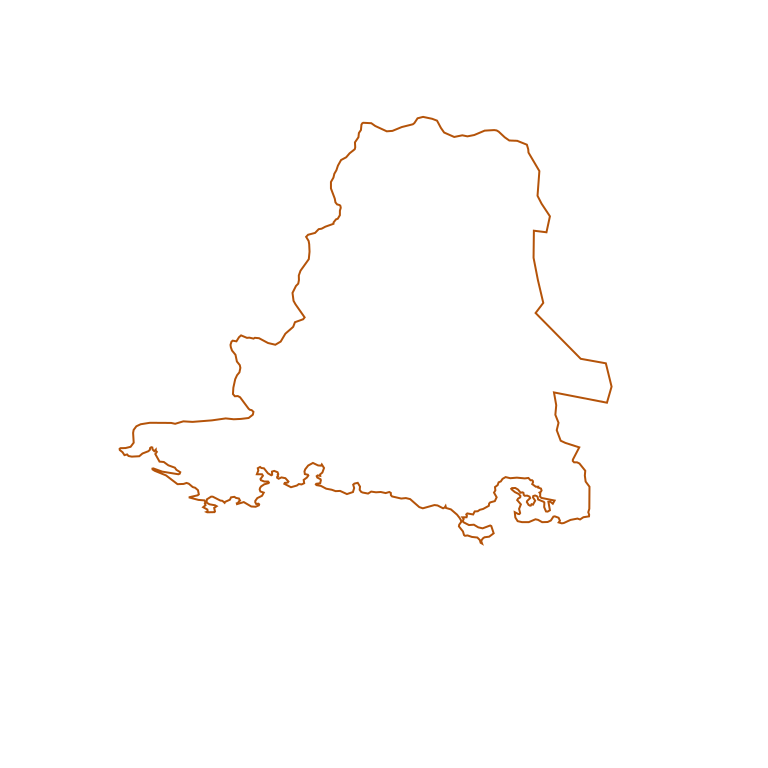 Moho, Puno, Peru, rotated 325°
{"feature_id": "86281439B65851578200644", "entity_name": "Moho", "entity_type": "district", "adm_level": 2, "iso_a3": "PER", "parent_name": "Peru", "parent_adm1": "Puno", "projection": "natural_earth1", "projection_center": [-69.471, -15.35], "detail": "fine", "context": "isolated", "style": "outline", "palette": "amber", "viewbox_px": 768, "rotation_deg": 325, "n_neighbors": 0, "source": "geoboundaries", "source_scale": "gbopen_adm2", "svg_char_len": 6166}
<svg xmlns="http://www.w3.org/2000/svg" viewBox="0 0 768 768"><g transform="rotate(325 384 384)"><path d="M145.3,288.5L140.4,290.1L135.5,288.2L131.3,285.4L130.2,285.5L129.7,286.6L130.7,289.9L130.6,293.4L133.2,294.4L133.4,296.4L135.7,298.8L142.1,302.8L146.3,302.4L152.4,303.9L154.5,303.6L155.7,302.3L157.1,302.3L157.8,303.1L156.9,305.0L157.3,307.3L159.3,306.9L158.8,307.6L159.0,309.3L156.5,310.2L155.6,318.8L158.9,321.6L160.7,326.9L164.7,332.6L164.7,335.2L166.5,339.4L165.2,340.3L163.8,340.0L152.1,328.6L146.6,320.8L145.8,320.5L145.4,321.2L146.4,323.6L153.0,333.8L157.4,347.6L162.5,350.9L165.5,351.8L166.9,353.7L168.2,358.7L169.8,360.7L170.7,364.3L169.0,368.2L167.5,368.3L159.1,364.9L165.5,372.5L170.1,376.3L170.1,378.4L168.8,378.9L168.3,380.9L165.2,381.2L167.3,385.5L166.5,387.3L165.2,387.0L165.6,387.7L171.6,391.7L172.4,391.5L173.8,388.1L176.8,388.1L176.0,386.4L172.1,382.5L170.6,379.4L172.7,376.9L177.8,377.1L179.1,378.1L183.1,385.6L184.6,387.0L185.3,389.9L186.2,389.4L191.4,390.4L193.7,389.1L196.7,390.6L197.4,392.4L199.5,394.6L199.2,396.9L197.6,396.9L196.7,397.8L195.0,397.3L194.7,398.1L201.4,400.3L205.0,408.2L208.4,410.9L211.9,411.6L212.7,411.0L212.5,410.0L210.5,409.0L210.7,407.0L211.6,405.9L214.8,404.8L220.0,405.6L223.2,404.0L221.1,401.2L221.6,399.2L222.6,398.2L224.5,397.4L228.4,397.5L232.6,399.0L233.2,398.7L233.1,397.4L230.0,395.2L228.0,392.2L228.3,391.0L232.2,389.7L232.3,388.0L228.1,385.0L231.4,382.8L232.3,380.6L234.9,380.9L235.4,382.5L237.3,384.2L237.7,390.6L239.3,394.1L240.3,394.2L242.0,391.5L244.2,392.2L246.2,395.2L245.7,397.2L244.7,397.5L244.4,398.8L243.0,398.9L242.7,399.7L243.4,401.2L246.4,401.7L249.2,404.6L249.8,409.1L248.6,409.5L246.0,408.1L245.1,408.6L248.6,415.2L254.4,417.2L256.8,417.1L258.9,419.0L261.7,419.5L263.2,416.5L267.2,416.4L269.5,415.6L269.6,414.7L267.5,412.4L268.7,410.0L270.5,408.7L275.1,407.3L280.5,407.9L283.3,412.9L285.6,414.8L286.9,414.2L286.7,418.4L282.7,421.2L279.8,421.4L279.1,422.7L277.2,420.8L276.0,420.9L275.7,422.4L277.4,425.6L277.1,426.6L274.8,428.7L271.3,426.9L270.6,427.1L270.7,428.1L273.9,431.3L276.6,436.6L280.5,440.6L282.9,444.0L286.7,446.4L290.5,452.9L296.6,454.7L299.9,452.1L301.0,448.8L302.6,448.6L305.8,449.9L305.5,454.3L303.4,456.7L303.4,459.2L304.2,460.6L308.1,464.6L311.8,464.8L315.3,468.1L319.4,470.6L322.8,474.3L326.4,475.5L327.1,477.1L325.9,479.0L326.1,480.7L332.4,487.7L336.5,490.0L339.4,493.3L342.3,505.1L344.5,508.1L355.9,512.1L358.2,514.2L361.1,519.7L362.8,520.0L364.4,519.3L363.7,521.1L366.9,525.1L368.9,532.9L369.1,537.0L368.9,539.7L368.1,541.3L364.9,542.4L363.7,543.6L364.1,550.1L362.9,553.6L363.3,554.8L365.6,556.0L368.3,559.7L372.4,563.3L373.0,566.7L372.1,569.5L372.8,571.0L373.6,568.2L376.5,567.2L378.4,567.2L382.6,569.4L388.2,569.2L390.4,561.9L389.8,560.8L382.0,558.8L379.0,555.5L376.9,550.8L372.7,548.3L369.8,542.8L370.1,541.3L371.8,540.3L371.8,538.2L375.2,540.5L376.3,539.6L376.6,538.0L378.0,537.8L382.2,542.0L385.2,540.4L387.8,542.0L390.3,542.0L393.5,543.2L400.0,543.9L401.6,542.2L403.1,541.9L407.6,543.5L411.3,541.4L411.8,536.1L414.2,535.0L415.8,532.1L419.1,532.0L421.5,530.3L423.8,530.8L426.7,529.7L430.2,530.0L433.4,533.6L439.1,536.9L445.2,542.1L448.4,543.8L448.8,546.9L450.1,547.7L450.3,548.8L449.8,549.9L448.0,551.0L449.4,555.2L451.4,556.6L450.8,557.2L452.6,559.7L452.0,561.6L450.5,562.3L449.1,562.1L449.1,563.5L447.3,565.7L447.6,567.6L456.9,577.3L453.6,578.9L452.7,575.8L451.1,574.8L447.5,582.6L444.9,582.4L443.6,581.3L444.6,576.7L447.3,573.2L447.3,572.2L444.0,567.0L445.1,564.6L444.8,563.4L443.8,562.0L442.0,561.4L441.0,562.3L440.9,566.3L436.8,568.3L435.9,567.1L434.5,567.8L433.8,567.4L433.1,566.0L433.3,562.6L434.2,561.9L438.3,561.3L438.6,559.7L437.3,557.6L435.1,556.2L434.9,555.0L435.8,553.0L435.1,552.0L433.6,551.5L433.2,547.3L431.9,544.5L429.2,542.7L428.1,542.8L428.1,543.6L429.2,547.6L431.3,551.4L431.5,554.0L430.5,555.0L428.1,554.8L426.5,555.5L427.1,561.1L423.0,563.8L421.5,567.8L420.3,568.2L419.4,567.5L417.6,564.0L415.0,568.7L414.8,573.0L417.8,576.3L423.4,580.2L430.5,581.7L432.3,583.7L434.3,587.9L438.9,590.9L442.4,591.5L446.7,589.8L448.0,590.4L450.3,593.7L449.7,596.9L447.7,597.6L449.7,600.1L451.5,601.0L458.8,602.3L465.3,605.2L466.9,607.4L470.9,607.5L476.0,610.0L477.1,608.7L477.8,606.2L480.6,604.0L493.4,586.0L493.2,579.6L496.0,574.2L499.1,570.5L498.5,561.2L497.2,558.9L494.8,557.2L494.5,555.3L495.3,554.3L507.6,547.9L498.8,536.3L496.2,531.8L499.0,520.9L504.7,515.9L506.7,507.5L512.9,500.2L518.4,488.4L555.9,527.2L568.9,516.7L577.6,494.3L559.6,476.2L548.9,412.8L561.0,408.9L569.7,387.1L578.9,366.4L594.7,344.4L604.1,352.9L616.1,341.8L616.5,326.6L617.7,317.9L633.4,298.7L635.1,277.3L636.8,274.4L638.3,269.9L632.6,261.2L626.3,256.4L624.4,251.2L622.7,243.1L621.7,240.9L619.9,239.2L611.8,234.2L600.7,231.8L594.4,229.0L590.8,225.2L583.2,221.9L577.5,212.5L577.5,206.9L578.5,198.7L575.5,194.3L569.2,187.6L563.9,185.6L558.5,187.7L556.6,187.8L545.9,183.7L536.1,181.5L531.2,178.6L524.8,167.6L523.2,163.1L516.8,158.1L515.7,158.0L514.3,158.6L510.8,162.7L507.4,164.0L504.6,167.2L498.8,169.4L496.2,173.6L494.7,174.9L488.1,175.3L483.1,176.6L477.3,175.9L471.5,178.7L467.6,181.6L463.9,183.3L461.0,185.9L456.4,188.1L452.7,193.4L450.0,203.9L448.4,207.4L448.6,210.0L450.3,212.0L450.4,213.2L449.6,214.9L447.3,216.7L444.7,220.4L440.9,222.1L439.1,221.6L435.4,222.7L434.5,223.8L426.2,221.5L422.0,221.0L419.3,219.7L414.2,220.7L407.4,218.2L404.6,218.8L404.3,223.6L402.9,226.6L398.9,232.9L394.0,238.6L380.6,243.3L376.5,246.2L373.9,250.1L371.3,252.6L368.1,253.2L361.3,256.9L357.6,264.0L357.2,268.0L357.2,283.9L354.9,284.6L346.5,282.3L342.4,285.1L332.1,286.2L323.7,290.0L317.5,289.5L312.5,283.9L307.9,274.8L304.7,272.1L303.2,272.0L300.3,268.8L298.2,267.6L294.8,262.2L292.1,262.5L287.6,264.4L284.9,261.7L283.3,261.9L280.7,263.9L279.6,266.1L278.7,269.4L279.1,274.9L276.4,281.2L276.7,285.8L275.6,288.4L272.3,291.5L268.7,292.5L264.9,294.7L258.5,300.6L254.5,305.6L254.8,308.5L257.3,310.0L258.5,312.3L258.9,326.6L259.3,328.1L260.6,329.5L261.1,331.9L259.0,333.9L253.6,334.2L246.7,330.5L240.7,326.7L234.6,321.4L222.2,315.1L205.4,305.2L198.2,299.5L190.1,296.8L187.3,293.8L170.0,281.5L161.6,277.4L156.9,276.6L152.6,278.0L150.4,280.2L145.3,288.5Z" fill="none" stroke="#b45309" stroke-width="2"/></g></svg>